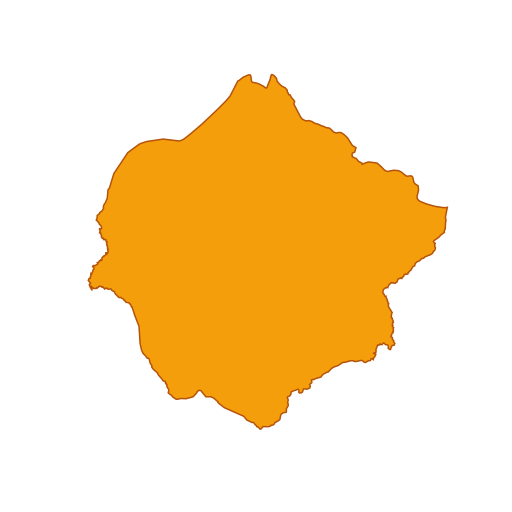 Phnum Sruoch, Kâmpóng Spœ, Cambodia, rotated 121°
{"feature_id": "14789045B53817088331996", "entity_name": "Phnum Sruoch", "entity_type": "district", "adm_level": 2, "iso_a3": "KHM", "parent_name": "Cambodia", "parent_adm1": "Kâmpóng Spœ", "projection": "albers", "projection_center": [104.255, 11.311], "detail": "fine", "context": "isolated", "style": "filled", "palette": "amber", "viewbox_px": 512, "rotation_deg": 121, "n_neighbors": 0, "source": "geoboundaries", "source_scale": "gbopen_adm2", "svg_char_len": 6135}
<svg xmlns="http://www.w3.org/2000/svg" viewBox="0 0 512 512"><g transform="rotate(121 256 256)"><path d="M419.3,249.6L416.9,247.1L414.4,242.5L409.1,237.4L404.5,236.4L401.9,236.4L400.2,235.3L399.8,234.0L402.5,226.4L399.9,222.2L399.6,219.0L400.6,213.5L401.1,213.3L401.5,211.8L402.3,205.0L399.7,183.9L401.3,179.5L400.8,173.7L400.2,172.9L400.1,171.8L401.1,169.8L401.2,168.1L401.9,167.3L401.5,166.1L402.3,163.3L401.7,162.6L398.7,162.2L395.8,157.3L394.5,156.1L392.9,155.6L392.5,154.7L391.8,154.2L390.3,153.8L389.0,154.0L386.4,152.3L384.1,151.4L383.2,151.5L380.0,152.8L378.7,152.9L376.5,152.1L374.5,149.7L373.3,150.0L371.3,151.3L367.7,151.3L365.7,152.7L365.4,153.4L362.8,154.2L361.2,156.3L360.3,156.3L359.2,155.4L357.9,154.9L356.5,154.9L354.7,155.9L352.8,154.9L350.3,152.6L348.8,151.7L348.5,151.0L348.9,150.1L350.9,149.0L350.9,147.9L349.7,146.5L348.4,146.1L345.8,146.9L345.1,146.3L343.9,143.7L341.4,141.9L339.8,142.3L338.5,143.9L336.1,143.0L335.4,143.1L333.7,144.6L332.7,144.1L332.3,142.9L330.3,141.7L326.4,138.1L323.0,137.6L319.1,135.4L318.3,134.4L313.4,133.3L310.7,131.8L307.6,129.2L302.6,126.8L301.0,124.7L296.9,120.8L295.7,118.8L295.8,117.8L295.1,116.1L291.1,111.8L290.9,110.9L291.3,108.6L290.9,107.3L287.9,105.7L287.0,104.3L286.5,104.1L284.9,104.4L284.3,104.1L284.4,102.1L283.0,102.7L281.4,102.3L278.6,102.6L278.3,103.0L278.9,104.1L278.7,105.0L276.6,103.6L274.1,105.1L270.0,105.8L269.4,105.7L269.2,104.7L267.4,104.3L267.7,103.4L266.9,102.2L265.7,102.2L264.9,101.8L264.7,101.2L265.3,99.4L264.5,97.7L264.7,96.8L265.6,95.8L267.0,95.2L267.3,93.2L266.9,92.5L265.3,93.0L262.5,93.2L261.4,91.7L259.5,91.9L258.6,94.0L257.6,94.4L257.1,96.2L255.6,97.1L255.8,98.4L255.2,99.2L254.2,99.0L252.0,99.6L251.2,99.0L250.4,99.3L250.2,99.8L249.2,99.7L248.2,100.7L246.4,101.2L246.2,102.6L245.7,103.2L244.8,103.0L244.4,103.9L243.2,104.4L242.4,104.0L241.8,104.2L241.7,104.8L240.7,105.3L239.7,107.0L239.1,107.2L238.8,108.6L235.6,110.0L234.4,110.1L231.2,116.4L229.5,117.5L228.4,117.8L228.3,118.8L227.5,119.2L226.2,121.1L225.7,121.2L224.9,122.7L223.5,123.9L224.2,124.6L222.6,127.1L222.2,128.3L220.1,129.3L218.8,129.4L216.5,128.6L216.4,128.0L215.7,127.8L215.2,126.8L214.9,127.1L211.3,127.1L210.8,126.6L209.7,126.5L209.0,126.2L209.0,125.5L208.4,125.1L208.4,124.0L207.4,122.5L205.3,121.8L202.6,122.4L201.7,121.5L200.6,121.1L200.8,120.7L200.0,120.0L200.1,119.4L198.1,119.4L197.7,119.0L195.9,119.3L194.6,118.9L194.5,118.1L193.3,116.6L192.3,117.1L191.7,116.6L190.4,116.7L188.3,116.0L184.1,116.0L182.7,114.9L180.7,115.6L178.4,115.2L175.8,113.3L172.8,112.7L171.7,111.2L169.6,110.7L167.8,109.2L166.5,108.5L165.7,107.5L162.8,106.1L160.8,106.3L159.6,105.8L157.8,105.9L156.3,106.6L156.2,107.3L155.5,107.9L154.7,108.1L154.4,108.7L152.8,108.9L152.9,110.3L152.2,111.3L151.0,111.3L145.9,109.0L142.9,108.4L138.8,106.7L137.6,107.5L135.2,107.8L130.4,110.4L127.2,111.7L126.1,113.0L125.0,113.7L115.7,117.1L116.9,118.3L118.5,121.4L121.1,127.7L123.5,136.3L124.6,142.9L124.6,145.1L123.7,147.4L122.1,148.6L116.0,150.5L112.4,153.1L112.2,156.9L111.6,158.5L107.8,162.2L107.4,163.1L107.4,164.4L109.8,167.6L110.0,168.7L109.2,175.1L109.4,177.4L109.9,178.8L111.7,182.3L115.7,186.7L116.2,188.2L116.0,191.0L115.0,194.4L114.0,200.1L117.1,207.4L118.4,209.0L122.7,212.3L121.8,213.1L122.1,216.8L120.8,220.3L121.2,221.9L121.2,224.7L119.1,226.2L118.2,226.3L116.1,224.9L111.6,226.1L111.7,230.2L107.6,238.4L106.6,242.9L106.4,246.4L107.1,248.1L109.3,250.8L109.8,253.4L109.0,256.0L108.6,259.2L109.8,261.8L110.2,265.4L110.6,266.5L111.0,270.9L111.7,272.7L112.0,274.8L111.9,277.5L112.8,280.6L114.5,282.8L114.9,286.7L113.8,289.5L106.6,301.3L105.9,302.0L103.8,302.3L103.2,303.2L101.8,307.5L100.3,309.7L100.9,311.1L99.6,312.5L99.3,313.6L97.8,314.6L96.8,317.5L97.1,321.4L96.3,325.1L95.3,327.9L93.1,330.1L92.1,333.3L92.1,335.5L92.5,336.1L93.9,336.0L97.2,334.9L106.4,333.4L107.0,334.1L106.7,336.6L106.9,341.9L107.3,343.9L108.9,348.4L108.7,349.7L104.5,353.0L103.8,354.3L104.6,355.7L109.2,359.0L114.4,361.0L115.4,361.7L132.0,360.6L138.5,361.6L150.5,364.6L171.0,370.3L186.4,375.5L193.5,378.3L196.4,380.4L197.2,381.6L203.6,395.8L214.2,408.7L219.2,413.0L221.0,414.0L233.3,419.1L258.5,420.3L273.0,416.7L275.6,416.9L283.0,413.3L287.7,412.6L290.4,412.7L292.7,412.1L293.4,411.3L296.6,411.2L299.4,412.3L300.7,412.0L302.5,412.9L303.3,412.9L305.1,411.8L307.4,411.5L308.1,408.9L308.7,407.4L309.3,407.1L309.8,404.8L311.1,402.9L312.2,402.5L313.1,404.2L314.1,403.6L314.3,402.7L316.7,402.0L316.3,401.0L317.2,400.3L318.0,398.8L319.2,398.5L319.9,397.1L319.9,396.5L319.4,396.2L319.4,395.6L320.4,395.0L319.3,393.1L320.9,391.8L320.5,391.3L321.1,390.7L322.8,390.2L323.3,389.0L324.0,389.0L324.5,388.0L326.1,387.2L326.6,386.6L326.4,386.1L327.5,386.1L328.6,384.9L330.7,384.7L330.3,385.8L330.7,386.4L332.1,385.3L334.1,386.1L334.5,386.6L335.0,386.3L336.0,387.1L337.2,387.0L338.2,386.1L339.3,386.1L339.3,387.1L340.1,387.0L340.6,387.7L342.2,387.7L343.5,388.6L343.9,387.7L344.9,387.7L346.1,388.5L347.1,388.7L347.5,390.0L348.4,390.7L349.4,390.5L349.3,389.4L350.0,388.5L350.8,388.2L352.1,388.5L353.3,387.9L354.5,388.0L355.7,387.6L355.9,388.6L357.2,388.0L357.6,387.3L359.5,387.2L360.4,386.5L361.4,387.5L363.3,387.2L364.6,383.8L366.2,384.2L367.4,383.2L366.8,382.0L367.3,381.3L368.2,381.8L368.6,380.8L369.3,380.2L369.5,379.3L367.2,380.1L367.4,378.5L367.1,377.7L365.7,375.7L365.0,376.1L364.3,375.1L363.3,375.2L363.2,374.8L362.2,374.3L361.6,372.2L362.1,371.9L361.4,371.1L362.3,368.8L360.9,368.3L361.0,367.8L360.3,366.8L360.7,366.6L360.7,365.9L359.8,364.4L358.9,363.6L359.8,361.4L359.5,359.1L360.8,357.3L362.1,352.7L362.1,351.8L361.1,350.6L361.4,350.2L361.2,347.4L361.9,346.3L361.6,345.6L362.3,344.8L362.6,343.5L361.5,340.8L362.2,339.8L361.9,339.2L362.1,338.6L363.8,336.5L363.5,336.0L369.6,329.0L376.6,320.0L390.7,310.3L395.1,306.1L396.8,304.0L397.8,302.3L398.4,299.3L399.4,297.3L399.6,296.4L399.0,295.4L399.4,294.5L402.6,291.2L403.4,289.1L405.0,288.0L406.0,285.6L406.9,280.5L408.3,278.3L410.0,273.0L410.7,271.8L410.8,270.9L410.2,269.2L411.0,268.5L411.0,268.0L412.0,267.8L412.0,266.3L413.9,265.0L415.4,262.1L416.0,261.5L418.3,260.9L418.7,260.1L419.0,256.6L419.8,254.3L419.9,250.8L419.3,249.6Z" fill="#f59e0b" stroke="#b45309" stroke-width="1.5"/></g></svg>